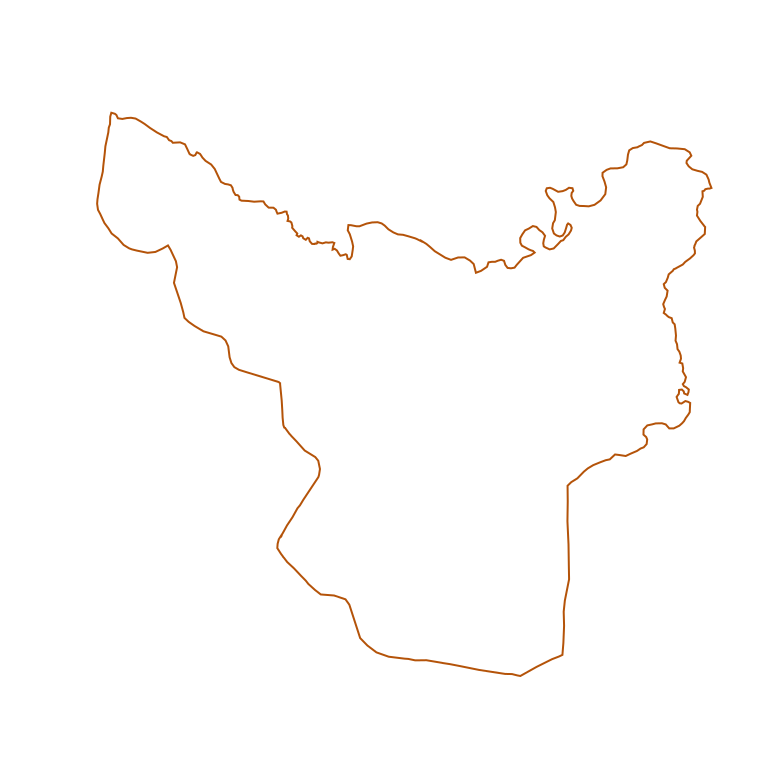 outline of Korogwe Township Authority, Tanga, United Republic of Tanzania, rotated 277°
{"feature_id": "72390352B41893572728253", "entity_name": "Korogwe Township Authority", "entity_type": "district", "adm_level": 2, "iso_a3": "TZA", "parent_name": "United Republic of Tanzania", "parent_adm1": "Tanga", "projection": "mercator", "projection_center": [38.503, -5.145], "detail": "fine", "context": "isolated", "style": "outline", "palette": "amber", "viewbox_px": 768, "rotation_deg": 277, "n_neighbors": 0, "source": "geoboundaries", "source_scale": "gbopen_adm2", "svg_char_len": 6129}
<svg xmlns="http://www.w3.org/2000/svg" viewBox="0 0 768 768"><g transform="rotate(277 384 384)"><path d="M618.5,685.1L623.5,682.4L626.5,681.3L631.1,678.5L633.3,673.9L633.8,669.1L634.7,663.8L637.2,659.9L640.2,657.3L642.5,657.3L648.0,661.2L651.2,659.2L653.7,653.9L653.5,646.1L652.8,638.9L654.2,632.7L656.0,624.9L657.2,618.8L655.0,612.7L652.6,610.9L650.6,607.6L649.9,606.8L648.5,602.2L645.8,598.9L641.4,598.2L635.4,598.2L631.5,597.8L628.3,595.0L626.5,589.3L625.6,582.6L623.7,578.9L620.3,575.2L616.9,575.5L611.8,578.2L606.3,580.5L599.4,580.5L592.6,576.6L587.5,571.1L585.3,565.6L585.0,560.8L584.6,556.4L585.3,552.9L588.5,550.0L591.0,548.1L593.5,547.0L596.5,547.0L598.8,548.3L601.3,547.2L601.3,543.7L598.8,540.8L597.2,537.8L596.0,533.4L598.3,527.6L599.0,524.9L598.1,521.7L595.3,521.0L591.2,523.1L588.5,525.6L585.3,529.9L580.2,532.2L575.6,533.6L567.4,533.6L564.2,532.2L558.9,532.0L554.1,534.3L552.5,537.1L551.8,540.5L553.2,543.3L556.4,544.9L561.2,545.8L564.4,546.3L565.8,547.2L564.6,549.7L561.9,551.3L559.1,550.9L555.0,549.0L552.3,546.5L548.6,544.4L547.5,542.1L544.0,539.6L539.2,535.9L537.8,532.0L539.2,527.6L540.1,525.8L543.1,524.9L546.8,525.1L550.7,525.8L553.9,522.8L555.7,519.4L558.5,516.2L558.9,512.5L555.9,508.8L553.7,505.3L549.3,503.0L545.4,501.4L540.8,502.1L538.1,504.0L536.9,507.2L535.3,511.1L534.6,513.6L534.2,515.7L532.8,517.5L529.8,514.1L526.2,506.7L518.4,501.2L515.4,499.4L514.3,495.9L514.3,492.5L517.0,489.9L520.9,488.1L521.6,485.1L520.2,481.9L518.8,479.4L518.4,476.1L517.5,472.9L512.9,472.0L508.1,466.5L505.6,461.7L514.0,458.4L517.0,454.3L519.5,448.6L518.6,442.1L515.4,435.4L516.8,429.5L522.0,418.2L525.7,412.9L528.2,409.0L530.7,403.6L530.2,403.7L531.9,398.9L532.4,397.1L533.5,390.7L534.4,384.7L534.2,379.6L535.6,374.8L538.1,369.5L541.3,365.4L543.1,362.1L543.8,358.0L542.9,352.5L541.1,347.2L537.6,340.5L537.2,337.5L537.6,331.8L537.4,329.3L532.1,329.3L528.5,331.8L521.4,335.0L516.8,336.6L513.1,336.6L506.7,336.4L503.7,334.8L503.7,332.7L507.6,331.3L508.1,330.2L506.9,327.7L506.0,325.1L508.1,323.1L510.8,321.0L512.2,318.5L511.1,316.6L513.8,316.6L517.9,317.5L518.4,315.5L517.5,311.8L517.5,309.0L516.1,305.8L516.6,302.1L517.0,300.6L515.8,300.6L515.1,300.0L515.1,298.6L514.5,298.2L514.3,295.5L516.6,292.9L519.4,291.8L519.8,290.4L517.6,288.8L518.8,286.1L520.6,285.2L521.4,283.4L519.8,281.6L521.0,279.1L522.8,279.6L524.7,277.3L527.9,273.8L529.6,273.8L533.0,272.4L533.9,271.0L534.1,268.4L536.6,268.8L539.5,268.1L540.8,267.0L543.2,266.3L543.1,264.5L541.5,261.6L540.1,257.5L542.1,256.3L543.8,255.5L545.5,252.8L545.0,248.0L547.8,244.2L550.5,242.1L550.3,239.3L549.1,232.9L549.1,227.0L548.6,220.2L549.4,218.1L552.3,217.4L553.6,215.8L553.5,213.6L556.4,211.3L558.5,210.3L560.3,209.7L562.6,207.8L563.1,204.9L563.2,201.8L564.7,197.6L567.6,195.6L576.8,189.8L580.8,185.7L583.7,179.7L586.6,176.2L588.8,174.4L590.0,173.3L591.2,170.1L591.1,169.9L588.2,168.8L587.2,166.8L588.2,163.6L588.6,163.3L588.7,162.9L593.4,160.0L597.6,157.3L599.0,152.2L597.7,145.0L599.2,143.4L599.8,141.0L602.7,138.3L603.1,135.5L606.0,128.0L609.6,120.6L613.0,114.6L614.9,110.6L617.2,105.1L617.4,100.4L616.6,96.3L615.2,92.0L615.3,87.5L618.4,85.6L619.4,84.0L620.0,80.3L616.0,79.7L608.4,80.4L605.0,79.6L600.1,79.7L586.0,78.5L579.1,78.7L566.5,78.8L560.5,79.0L555.4,78.5L547.2,77.4L538.7,77.3L532.4,77.1L527.9,77.3L522.0,78.9L518.2,81.6L513.0,84.8L509.7,86.9L504.9,91.5L500.2,95.3L496.1,102.1L490.3,108.6L487.6,114.5L486.9,117.4L486.3,122.3L485.4,133.4L487.2,141.0L491.5,147.8L495.2,152.7L491.2,155.8L480.5,162.5L474.7,164.4L458.8,163.2L439.6,172.4L430.8,176.0L425.3,177.9L421.9,182.5L418.5,188.9L414.3,198.4L412.4,209.8L411.2,216.8L407.9,221.4L402.4,224.8L391.7,227.5L386.2,230.0L382.5,233.4L380.4,238.3L378.9,246.5L375.5,265.9L373.1,279.3L372.1,280.8L371.6,280.8L355.0,284.5L345.2,286.3L338.1,287.5L331.0,289.1L328.6,290.3L328.4,291.2L328.2,291.3L322.9,296.3L322.5,296.9L321.0,298.5L316.6,303.9L308.3,313.4L303.1,324.7L299.8,328.1L291.8,330.8L285.8,330.6L283.6,330.2L259.2,318.0L253.4,315.4L250.2,313.3L240.6,309.4L231.9,305.0L223.9,301.8L221.5,300.7L221.1,300.9L220.3,300.6L220.6,300.2L217.0,298.5L212.4,297.9L208.1,298.1L202.8,302.5L200.4,304.8L199.9,305.1L199.5,305.7L195.5,309.6L190.0,317.2L183.5,325.0L179.3,330.3L176.3,333.3L171.1,340.7L167.4,346.9L168.0,360.2L165.6,372.0L160.7,376.5L128.9,391.3L122.4,399.4L116.7,409.2L113.9,421.9L113.9,437.9L114.1,441.6L113.5,448.7L115.0,459.7L114.3,475.5L114.2,476.5L114.0,483.4L113.3,493.6L111.8,513.1L111.0,539.6L111.7,546.4L111.0,551.9L110.8,554.9L121.8,569.9L131.4,584.4L134.8,590.8L136.9,594.1L148.8,593.6L166.0,592.2L179.9,590.1L191.1,589.9L212.7,591.5L226.9,589.5L247.2,586.7L270.1,582.8L289.6,580.7L305.4,578.6L309.5,581.9L313.9,587.4L321.4,593.1L325.1,596.6L329.0,601.6L332.8,608.4L335.4,613.4L336.7,617.3L342.2,621.9L342.2,625.8L342.0,632.7L344.8,637.1L348.4,643.3L351.2,646.5L352.8,649.5L356.4,652.0L361.0,652.0L363.3,650.7L365.4,647.7L370.6,647.2L375.0,650.4L376.6,655.0L378.0,658.5L378.9,664.7L378.2,668.6L374.7,672.5L375.2,676.9L378.6,682.2L381.4,684.7L383.7,686.3L387.1,687.7L390.8,689.8L393.3,690.9L395.8,690.7L402.5,690.2L403.4,687.9L403.8,685.2L400.9,681.7L400.9,679.9L401.8,678.5L406.8,676.0L409.3,677.3L410.0,677.8L411.8,677.8L414.1,677.6L414.8,680.3L413.2,682.4L411.2,683.1L410.2,686.5L413.0,687.2L415.7,687.2L417.6,684.2L418.5,681.9L420.3,680.6L422.8,682.2L427.6,682.9L432.9,679.0L436.1,679.0L440.7,677.6L441.2,674.8L445.3,675.7L448.5,675.0L452.1,673.2L454.4,671.1L459.2,670.0L462.5,668.1L467.7,667.9L474.8,666.3L478.7,665.2L480.3,663.1L484.4,661.5L485.1,658.5L486.3,656.6L487.2,655.5L488.6,653.0L492.7,653.7L494.7,652.5L497.3,651.4L501.8,652.7L505.3,653.9L511.2,654.1L513.7,650.9L517.2,649.5L517.6,649.8L519.5,651.4L524.1,652.7L527.5,653.2L531.6,656.9L533.2,657.6L534.3,659.6L534.5,659.7L539.0,666.0L541.9,668.1L543.5,669.8L545.8,672.3L549.5,675.5L551.5,676.7L554.2,676.3L557.2,675.1L558.6,675.4L559.0,675.3L561.1,676.0L563.6,676.6L568.6,681.1L572.0,684.1L579.0,683.6L579.8,682.6L580.0,682.5L584.4,678.1L589.3,674.1L593.1,674.1L595.2,673.4L599.0,673.7L601.4,675.7L608.6,677.6L614.1,676.6L614.9,678.3L616.5,679.2L617.4,681.7L617.6,683.3L618.5,685.1Z" fill="none" stroke="#b45309" stroke-width="2"/></g></svg>